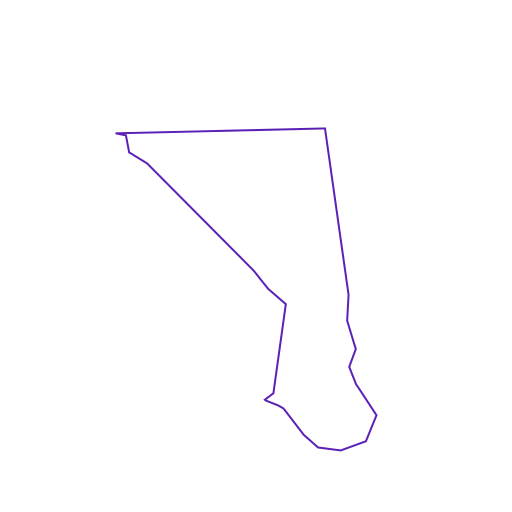 the district of Capital Hill, Castries, Saint Lucia, rotated 206°
{"feature_id": "8701671B59019630539263", "entity_name": "Capital Hill", "entity_type": "district", "adm_level": 2, "iso_a3": "LCA", "parent_name": "Saint Lucia", "parent_adm1": "Castries", "projection": "robinson", "projection_center": [-60.991, 13.993], "detail": "fine", "context": "isolated", "style": "outline", "palette": "violet", "viewbox_px": 512, "rotation_deg": 206, "n_neighbors": 0, "source": "geoboundaries", "source_scale": "gbopen_adm2", "svg_char_len": 475}
<svg xmlns="http://www.w3.org/2000/svg" viewBox="0 0 512 512"><g transform="rotate(206 256 256)"><path d="M436.0,304.7L425.8,307.4L415.4,293.5L394.5,291.5L251.6,241.8L230.7,231.8L208.1,225.8L180.2,140.3L185.0,130.7L183.7,130.4L170.5,131.4L164.4,131.0L134.7,116.2L116.3,111.1L94.6,118.4L76.0,137.7L77.9,165.7L108.0,183.6L109.5,184.3L123.6,197.2L125.5,216.1L145.7,237.8L155.8,261.7L249.5,400.3L249.9,400.9L436.0,304.7Z" fill="none" stroke="#5b21b6" stroke-width="2"/></g></svg>